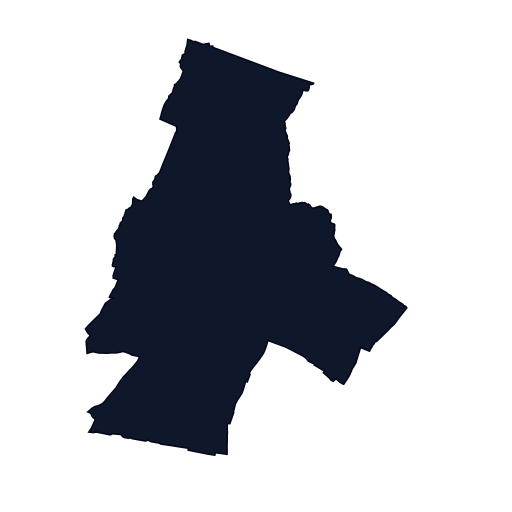 Bang Phli, Samut Prakan, Thailand, rotated 189°
{"feature_id": "78962969B84891399333376", "entity_name": "Bang Phli", "entity_type": "district", "adm_level": 2, "iso_a3": "THA", "parent_name": "Thailand", "parent_adm1": "Samut Prakan", "projection": "albers", "projection_center": [100.716, 13.615], "detail": "fine", "context": "isolated", "style": "filled", "palette": "ink", "viewbox_px": 512, "rotation_deg": 189, "n_neighbors": 0, "source": "geoboundaries", "source_scale": "gbopen_adm2", "svg_char_len": 6067}
<svg xmlns="http://www.w3.org/2000/svg" viewBox="0 0 512 512"><g transform="rotate(189 256 256)"><path d="M372.3,376.2L355.6,371.8L355.0,371.9L354.3,369.6L353.9,366.8L353.6,365.8L354.5,365.8L354.7,365.4L358.0,350.4L361.4,336.0L361.8,334.6L364.3,323.3L365.4,321.8L366.0,320.5L367.4,319.5L367.9,318.5L367.9,315.9L369.2,313.4L369.4,312.7L369.0,310.3L368.4,308.9L368.6,307.6L369.0,306.7L370.5,305.7L371.7,304.1L374.1,296.8L374.9,296.1L375.7,294.6L377.3,292.3L382.2,293.1L383.5,293.6L386.0,295.0L386.6,293.1L386.1,288.4L386.4,286.6L386.9,285.1L387.2,284.6L388.9,283.3L389.8,282.0L391.2,281.5L391.6,281.1L391.7,279.5L392.1,278.3L391.8,277.3L391.8,276.9L392.5,275.8L392.1,274.5L393.1,273.6L393.5,272.4L393.2,270.0L395.3,267.2L395.0,266.0L395.8,264.8L395.5,263.7L395.9,262.5L395.9,261.6L397.9,258.3L398.1,257.4L399.3,255.7L399.1,254.6L399.3,253.8L398.8,251.9L398.4,251.2L396.7,249.6L395.6,246.1L395.3,245.0L394.7,240.0L394.3,235.8L395.4,235.0L395.0,233.9L394.9,233.3L395.6,232.1L396.3,230.5L396.1,227.8L396.4,226.9L396.1,226.6L396.5,224.9L396.3,223.9L396.2,223.6L395.3,223.2L393.8,223.4L392.5,223.4L393.5,217.9L394.1,213.9L393.6,213.0L393.7,211.9L388.4,211.0L389.9,204.2L390.9,201.0L391.6,201.0L393.0,196.6L394.2,193.4L394.4,192.7L394.3,192.2L391.0,192.0L394.4,188.8L397.4,185.7L400.0,178.1L400.9,174.4L410.7,161.2L413.1,157.3L410.0,153.4L407.2,151.7L410.0,146.9L410.5,145.5L410.4,144.9L407.6,133.3L403.2,135.5L402.2,135.8L401.2,135.9L399.4,135.7L395.4,135.6L393.2,136.0L388.0,136.6L383.4,137.7L379.0,138.4L377.1,139.0L372.6,140.8L370.4,140.7L365.6,139.7L363.0,138.7L357.9,138.5L355.2,138.2L356.4,134.0L358.9,129.5L361.8,125.0L363.2,123.2L365.5,119.4L368.0,116.0L370.9,110.4L373.9,103.4L380.2,93.4L382.3,89.5L383.7,87.3L384.8,86.0L388.2,83.6L389.0,83.2L391.0,82.4L393.4,80.7L394.2,79.9L397.3,76.2L397.8,75.7L394.7,74.8L392.7,71.9L391.3,70.7L390.7,70.6L389.3,69.1L389.3,68.5L391.7,60.3L393.6,55.9L389.1,56.1L386.0,57.1L372.4,56.5L371.4,56.8L370.0,57.9L361.9,58.5L361.3,58.3L359.3,56.6L357.6,56.1L353.3,56.1L352.1,56.6L351.1,56.7L350.6,56.6L349.9,56.2L336.5,55.9L335.9,56.0L333.9,57.3L330.9,56.2L322.6,56.0L320.3,55.3L316.1,55.4L293.0,55.5L292.6,53.6L273.3,52.8L265.5,52.8L265.3,55.3L253.5,55.6L255.0,64.8L255.6,69.6L256.4,74.7L256.5,76.7L257.3,80.6L258.1,86.1L255.6,86.2L253.5,98.0L253.9,98.1L253.2,106.5L251.5,111.5L250.8,112.9L248.4,118.3L247.6,122.6L246.8,128.8L246.7,130.6L244.9,130.2L243.3,138.1L243.4,138.3L244.2,138.6L244.3,138.8L243.4,141.7L241.9,144.8L238.0,151.6L234.0,159.6L233.0,162.4L232.2,165.9L231.5,170.4L231.1,174.4L212.1,170.6L193.8,164.5L190.5,162.8L188.0,160.4L185.8,159.6L183.1,158.9L181.4,158.1L181.4,157.4L170.4,153.0L171.2,151.1L169.7,150.3L164.4,146.9L162.3,144.9L161.5,144.9L160.2,144.2L157.8,147.2L153.3,144.4L149.8,143.0L149.3,143.0L146.2,149.6L145.8,150.9L145.1,152.5L144.2,155.7L143.3,159.5L140.5,166.3L140.4,168.0L138.4,181.9L129.0,179.7L128.0,183.1L127.8,183.1L126.4,186.8L126.0,187.7L125.8,187.6L124.6,190.4L123.8,190.3L123.6,190.4L115.3,201.4L111.4,207.0L108.9,209.9L107.0,213.5L105.4,216.9L101.1,224.4L98.9,228.4L100.2,229.7L102.0,230.1L104.2,231.7L107.6,233.0L111.9,235.4L114.4,236.2L115.3,236.8L116.2,237.7L116.6,238.0L119.3,238.9L121.9,240.5L123.7,241.1L129.0,243.3L133.7,245.4L135.6,246.0L137.6,246.4L140.4,247.5L143.4,247.8L147.8,249.5L150.5,250.0L153.5,250.2L155.5,251.0L157.4,251.8L160.7,252.4L161.7,253.1L163.9,256.4L164.3,256.8L164.8,257.1L165.8,257.2L167.5,256.9L168.6,256.9L178.3,257.8L175.9,263.3L175.1,266.8L174.3,268.9L173.6,273.9L172.7,275.5L172.6,276.1L173.2,276.7L175.8,278.8L177.4,280.5L178.1,281.4L179.9,284.1L181.2,285.3L181.6,286.0L182.2,287.2L182.5,288.6L182.3,290.4L182.4,292.1L182.2,293.8L182.7,295.5L183.1,299.1L183.4,299.6L183.8,299.8L186.2,300.2L187.2,300.5L187.7,300.9L188.2,303.4L187.7,304.8L187.7,306.2L188.3,308.8L190.9,309.4L191.8,311.7L192.7,312.7L194.8,313.4L195.9,314.0L196.9,314.3L197.7,314.9L199.8,315.3L200.7,315.2L203.1,314.1L206.1,312.5L208.0,312.2L209.1,312.7L209.3,313.1L210.0,313.6L210.6,314.6L211.6,315.0L212.2,315.5L212.5,315.5L213.0,314.9L213.4,314.8L214.3,315.6L216.4,316.4L217.4,315.7L218.6,316.2L218.9,316.1L219.8,315.5L221.0,315.4L221.8,314.7L222.4,314.6L223.0,314.2L223.8,314.6L224.4,314.6L225.8,313.7L227.0,313.5L228.6,312.7L230.0,311.6L231.2,313.3L232.4,314.7L232.6,315.3L232.6,316.1L232.3,316.8L231.4,318.1L231.0,319.5L231.2,322.6L232.1,323.4L232.5,323.9L232.7,325.3L233.6,327.0L233.5,328.8L232.9,330.9L232.9,332.2L233.0,332.8L233.7,333.5L234.0,334.2L234.1,337.2L234.5,339.0L235.1,340.6L236.3,342.3L236.6,343.2L237.2,345.1L237.0,345.9L237.2,346.6L237.1,347.4L237.7,349.0L239.1,353.8L239.6,354.4L239.5,355.6L239.7,356.8L240.5,358.0L240.5,358.8L240.7,359.4L239.9,361.4L240.0,363.8L239.6,364.7L239.4,365.5L240.4,369.4L241.1,371.3L240.8,372.4L242.3,375.2L243.8,377.3L243.7,378.7L244.1,380.0L244.8,380.8L247.2,384.8L247.2,385.2L246.6,386.2L246.5,386.7L247.4,389.0L247.8,389.9L248.1,391.8L248.8,392.8L249.0,393.4L248.7,394.1L246.8,396.9L246.1,398.5L245.3,400.0L244.4,402.3L242.5,403.9L241.2,406.6L240.8,408.6L240.7,410.2L239.2,412.7L239.1,414.2L238.7,416.6L236.3,421.7L235.7,425.3L235.7,426.8L235.6,427.2L235.3,427.3L234.8,427.3L233.4,427.0L232.3,427.0L231.2,427.1L230.6,427.4L230.1,428.2L229.8,430.3L229.8,430.9L230.3,432.8L230.2,433.4L229.8,433.6L229.0,433.6L228.6,434.0L228.1,434.0L227.2,434.4L226.2,435.0L226.1,435.7L260.0,440.9L260.7,440.9L331.0,455.3L331.3,455.5L331.4,456.4L331.5,456.6L334.4,456.1L334.9,456.2L335.6,458.7L339.8,457.4L340.7,456.8L341.1,456.7L349.2,458.3L349.8,458.4L351.5,458.0L354.6,458.9L357.4,459.2L357.1,453.2L357.4,451.9L358.1,446.7L357.5,445.3L358.0,444.7L359.6,443.4L360.2,442.8L360.3,438.9L360.8,437.9L361.6,436.8L362.1,435.5L361.4,435.0L360.3,433.2L360.5,431.5L360.2,430.8L356.9,427.4L356.9,425.7L357.4,424.5L357.5,422.3L358.1,421.1L358.1,420.1L358.4,419.2L359.6,416.9L360.9,415.2L361.9,413.4L363.3,412.4L363.1,410.7L363.9,407.4L363.7,406.4L364.1,405.3L364.1,404.1L367.0,400.5L367.1,400.0L366.9,398.8L367.1,397.6L368.8,394.8L369.7,392.6L370.3,390.8L371.1,386.3L371.7,382.1L371.8,379.8L372.3,376.2Z" fill="#0f172a" stroke="#020617" stroke-width="1.5"/></g></svg>